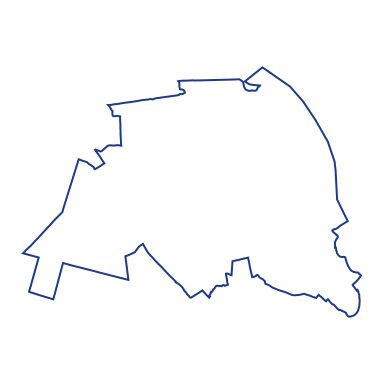 the district of Falcoiu, Olt, Romania
{"feature_id": "2599482B90480034869987", "entity_name": "Falcoiu", "entity_type": "district", "adm_level": 2, "iso_a3": "ROU", "parent_name": "Romania", "parent_adm1": "Olt", "projection": "orthographic", "projection_center": [24.388, 44.224], "detail": "fine", "context": "isolated", "style": "outline", "palette": "blue", "viewbox_px": 384, "rotation_deg": 0, "n_neighbors": 0, "source": "geoboundaries", "source_scale": "gbopen_adm2", "svg_char_len": 5958}
<svg xmlns="http://www.w3.org/2000/svg" viewBox="0 0 384 384"><path d="M345.8,312.7L346.4,314.2L346.9,314.8L347.4,315.6L347.6,315.8L347.9,316.2L348.3,316.4L349.3,316.6L351.3,316.4L352.3,315.9L353.4,315.7L353.9,315.4L355.0,314.6L356.6,313.0L357.2,312.2L357.9,311.0L358.1,310.5L358.5,309.2L359.4,305.6L359.5,302.9L359.7,301.1L359.7,300.2L359.7,299.6L359.5,299.0L359.4,298.7L359.3,295.8L359.2,294.8L358.7,293.5L358.1,291.1L357.5,290.0L356.9,290.7L356.3,290.0L352.9,285.4L352.6,284.8L355.9,281.9L358.1,279.5L359.1,278.2L361.0,275.5L360.4,275.1L360.0,274.5L359.0,273.6L358.6,273.1L358.0,272.6L357.4,272.4L355.7,272.4L353.2,271.7L351.9,271.0L351.2,270.6L350.9,270.3L349.9,269.0L347.8,265.4L347.5,264.6L346.9,262.9L346.5,261.8L346.3,260.9L345.9,260.0L345.8,259.4L345.6,259.0L345.4,257.6L345.3,257.4L345.1,257.2L344.6,257.0L343.5,256.8L342.7,257.0L341.9,257.0L341.1,256.9L339.8,256.4L338.9,255.8L337.7,254.2L336.9,253.0L336.7,252.1L336.8,251.8L336.8,251.6L336.5,251.0L336.2,249.8L335.9,247.8L335.4,246.8L335.0,247.1L335.1,245.8L335.0,244.7L335.0,243.8L334.9,243.8L334.9,242.8L335.0,242.2L335.9,240.2L336.9,238.4L337.4,237.9L337.8,237.3L337.9,236.8L337.8,236.1L337.3,235.3L337.0,235.1L336.5,235.0L336.1,234.7L335.8,234.2L335.3,233.6L334.5,233.2L333.9,232.8L333.2,232.0L332.4,230.8L332.4,230.7L332.4,230.2L332.8,229.9L333.2,229.6L335.5,229.0L336.9,228.4L337.2,228.2L339.0,226.8L339.6,226.1L347.7,221.1L337.1,199.5L335.6,170.6L334.5,161.3L327.8,141.6L315.4,119.9L303.2,101.6L289.9,86.4L262.4,67.4L244.8,81.5L245.7,81.9L248.5,83.8L249.3,84.2L249.9,84.4L252.2,84.8L259.9,85.6L259.5,86.1L258.2,87.3L257.4,88.2L257.2,88.6L257.2,89.1L256.8,89.8L255.9,90.6L254.2,90.8L251.7,90.3L250.7,90.9L249.2,90.9L247.3,90.3L245.6,89.5L244.6,88.0L243.9,86.0L243.1,82.4L242.7,81.6L242.2,81.3L240.5,80.0L239.4,79.3L230.7,79.6L203.4,80.3L194.1,80.5L193.2,80.3L185.6,80.7L182.5,80.7L179.1,81.0L178.3,81.2L178.8,81.9L179.2,82.4L179.4,84.1L179.4,86.8L180.0,89.1L180.7,89.5L181.2,89.5L181.7,89.4L182.7,89.7L183.4,90.0L184.1,90.6L184.7,91.8L184.9,92.6L184.2,92.8L183.6,93.6L181.7,94.1L181.2,94.2L179.9,94.0L179.3,94.3L178.7,95.1L172.7,96.0L169.5,96.4L167.8,96.7L165.6,96.9L163.2,97.3L162.1,97.3L160.4,97.7L159.2,97.9L158.1,98.0L157.6,98.0L157.4,98.1L156.0,98.3L154.6,98.6L153.2,99.3L152.6,99.4L152.3,99.4L151.4,99.1L150.6,99.0L147.7,99.6L146.5,99.6L144.9,99.9L143.1,100.0L141.2,100.3L140.8,100.4L137.0,101.1L135.2,101.3L132.7,101.8L130.0,102.1L127.3,102.5L125.4,102.6L124.4,102.9L123.3,103.0L119.8,103.6L116.6,104.1L114.6,104.2L111.4,104.8L109.3,105.1L108.7,105.0L108.1,105.0L108.5,105.5L109.3,106.1L109.5,106.3L110.1,107.4L110.3,108.0L110.7,108.6L110.8,109.0L111.2,109.4L111.3,109.8L111.9,110.4L112.5,111.0L112.4,111.4L112.4,111.6L112.4,112.7L112.3,113.0L112.4,113.8L112.5,114.9L112.6,115.3L112.9,115.8L113.4,116.2L113.9,116.2L115.0,116.2L116.2,115.9L116.9,115.9L118.0,116.0L119.4,116.4L120.1,116.4L120.2,121.9L120.3,123.5L120.4,124.0L120.4,128.2L120.6,132.1L120.5,133.1L121.2,145.7L120.4,145.6L119.0,145.3L117.6,145.2L116.6,145.2L115.1,145.5L112.4,145.5L110.1,145.3L109.3,145.4L108.6,145.5L107.7,145.9L106.9,146.5L101.7,151.1L101.1,151.4L100.5,151.4L95.5,149.6L95.1,149.9L99.5,155.9L102.6,160.8L104.4,163.3L103.1,164.2L98.6,167.1L94.9,169.2L94.5,169.0L93.8,167.4L93.4,166.9L90.2,164.7L88.6,163.8L87.6,162.7L87.0,162.2L83.0,160.9L78.7,159.3L63.5,208.0L62.5,211.8L61.9,212.6L59.0,215.5L57.3,217.3L55.1,219.4L50.8,224.2L49.9,225.2L49.9,225.3L48.7,226.4L44.3,231.2L37.6,238.5L34.8,241.3L33.1,243.3L30.0,246.5L29.0,247.3L25.6,250.5L24.6,251.8L23.0,253.3L38.7,257.5L31.0,285.0L29.0,291.8L41.0,295.6L53.3,299.3L60.0,274.3L63.0,263.0L74.2,266.1L74.8,266.2L91.1,270.3L102.4,273.3L128.4,279.9L125.4,256.3L125.8,256.2L129.0,254.9L134.8,252.3L138.2,247.6L138.9,246.8L139.7,246.1L141.5,244.8L143.0,243.9L145.0,247.7L147.6,252.0L148.5,253.3L150.4,255.4L152.8,257.8L154.8,260.2L158.3,263.8L160.2,265.6L161.4,266.8L165.6,271.4L168.5,274.5L175.4,281.2L175.7,281.4L175.7,281.6L175.5,281.8L175.5,282.1L175.8,282.3L178.2,283.7L179.8,284.9L182.3,287.3L183.4,289.0L184.0,290.2L184.8,291.2L185.9,292.3L186.7,293.4L187.2,294.5L187.8,295.0L188.1,295.1L188.6,295.7L189.2,296.3L189.6,297.1L189.9,297.4L190.1,297.5L190.9,297.6L191.3,297.6L192.4,296.8L200.3,291.9L202.4,290.4L206.2,294.7L209.2,297.7L209.5,297.3L209.9,296.6L209.6,296.5L209.4,296.3L209.3,296.1L209.2,295.7L209.4,295.3L209.7,295.0L210.4,294.2L210.6,293.8L210.7,293.2L210.6,292.9L211.2,291.7L211.5,291.7L211.6,292.1L212.1,291.7L212.6,291.1L212.7,290.8L212.8,290.0L213.4,289.2L213.8,289.1L214.5,288.5L214.7,288.2L215.4,286.9L215.7,286.5L216.4,285.9L216.6,285.8L217.3,285.7L219.0,286.0L220.6,285.9L221.1,286.2L221.4,286.2L221.9,286.1L222.5,285.3L223.0,285.1L223.5,285.0L223.9,285.1L224.5,285.7L224.9,285.8L225.8,285.4L227.1,285.1L227.8,285.0L227.8,284.5L227.7,283.8L227.2,281.9L227.1,280.9L226.7,277.9L226.1,275.4L226.0,274.7L225.9,273.9L226.0,273.6L227.6,273.6L227.8,273.7L228.5,273.8L229.3,274.4L230.3,274.8L231.5,275.2L232.5,261.2L233.1,261.2L234.2,260.8L235.8,260.5L236.8,260.2L237.2,260.2L239.0,259.9L241.6,259.1L245.1,258.3L248.0,257.6L249.3,263.4L249.8,266.7L251.4,273.4L252.2,277.2L253.1,277.1L255.2,276.3L256.1,275.8L256.4,275.5L256.6,275.1L257.3,274.9L257.6,274.9L257.9,275.2L258.3,275.6L259.6,277.5L261.0,278.4L262.5,279.0L264.9,281.2L264.8,281.8L265.3,283.1L265.4,283.7L265.5,283.8L267.9,284.7L270.0,285.8L270.8,286.4L271.9,287.2L273.2,287.9L274.8,288.5L278.6,290.1L285.9,292.3L289.4,293.9L290.8,294.5L292.9,295.1L294.2,295.3L299.2,294.9L300.5,294.6L301.7,294.4L302.3,294.2L303.6,294.0L303.8,293.9L304.4,293.9L305.2,294.1L305.8,294.4L310.6,295.9L312.0,296.6L316.3,298.0L317.0,296.8L318.7,294.8L319.7,295.9L320.8,296.6L322.3,297.9L322.7,298.3L323.5,299.1L324.0,299.6L326.1,301.3L327.9,299.2L330.9,302.8L331.9,303.8L332.8,304.4L333.8,304.7L334.7,305.6L337.1,308.4L339.0,310.1L339.5,309.8L339.9,309.8L341.0,310.2L341.6,310.5L341.9,310.9L342.3,311.0L343.1,311.4L343.7,311.6L345.3,312.4L345.8,312.7Z" fill="none" stroke="#1e3a8a" stroke-width="2"/></svg>